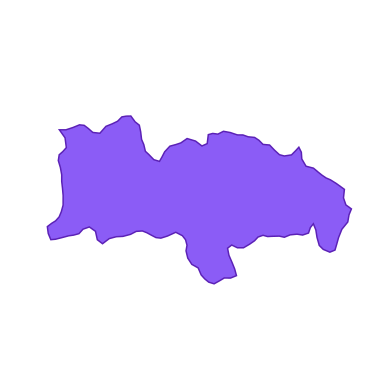 Tocos do Moji, Minas Gerais, Brazil, rotated 345°
{"feature_id": "56859067B62274754199579", "entity_name": "Tocos do Moji", "entity_type": "district", "adm_level": 2, "iso_a3": "BRA", "parent_name": "Brazil", "parent_adm1": "Minas Gerais", "projection": "natural_earth1", "projection_center": [-46.147, -22.358], "detail": "fine", "context": "isolated", "style": "filled", "palette": "violet", "viewbox_px": 384, "rotation_deg": 345, "n_neighbors": 0, "source": "geoboundaries", "source_scale": "gbopen_adm2", "svg_char_len": 1947}
<svg xmlns="http://www.w3.org/2000/svg" viewBox="0 0 384 384"><g transform="rotate(345 192 192)"><path d="M269.5,259.6L275.7,258.8L282.5,259.9L287.7,262.2L293.9,261.8L297.1,257.0L301.0,254.1L301.8,260.7L301.0,268.2L301.1,276.6L303.9,281.4L309.6,285.8L315.1,285.1L318.2,280.0L321.8,273.9L327.1,266.8L334.7,261.3L337.8,254.6L341.6,249.6L337.3,244.3L336.8,236.9L339.9,228.9L333.8,221.4L328.9,216.1L325.0,213.0L321.6,209.0L318.7,205.0L315.5,200.4L308.8,196.6L306.6,188.5L307.9,181.9L306.8,176.4L302.7,179.0L297.7,181.9L290.5,181.1L286.1,178.6L282.5,172.9L279.1,166.7L272.9,164.4L270.0,159.3L266.6,155.5L260.5,153.2L256.0,150.1L250.6,148.6L244.4,144.5L238.1,141.5L232.0,142.8L227.2,140.8L222.6,140.8L219.2,149.2L213.5,150.1L208.6,143.7L201.1,139.1L193.9,141.7L188.6,142.0L182.5,142.0L176.0,146.1L172.0,150.5L168.5,154.0L163.5,150.9L160.1,144.8L157.5,140.6L157.7,133.6L156.9,128.1L158.0,120.6L158.4,113.8L155.2,109.5L152.6,102.8L148.1,101.7L143.7,101.3L138.4,104.4L132.6,105.5L125.9,106.3L118.2,111.4L111.6,108.8L108.2,103.7L105.1,99.7L100.7,98.0L93.7,98.9L86.3,99.3L80.0,97.6L83.4,106.8L82.1,116.6L77.7,119.5L73.4,121.6L71.0,127.0L71.2,134.2L70.6,141.7L68.9,148.0L67.9,154.7L66.6,162.1L64.1,171.3L60.6,177.3L57.2,181.7L52.7,184.6L48.4,185.9L43.3,188.0L42.4,194.9L43.3,201.5L47.9,202.3L55.1,202.4L61.6,202.4L66.4,203.0L72.0,203.0L77.1,199.7L83.8,199.2L88.6,205.0L88.2,213.6L92.2,218.8L100.0,215.6L107.3,215.6L113.8,217.0L121.7,217.0L128.0,215.6L134.0,216.8L137.9,219.7L141.8,223.4L145.4,226.7L150.0,228.5L156.9,228.2L165.9,226.7L171.4,231.7L173.4,236.4L173.4,242.1L171.0,247.3L170.8,254.8L173.1,261.9L178.3,266.9L179.4,274.5L181.8,279.2L184.8,283.4L189.6,286.4L195.6,284.9L200.9,283.4L207.0,285.1L213.3,284.3L213.3,277.5L212.5,270.8L211.3,262.7L211.8,255.5L216.6,253.5L221.4,257.6L227.3,259.2L234.2,257.3L239.8,255.3L244.1,252.6L249.4,252.2L253.5,254.6L257.8,255.5L264.9,257.2L269.5,259.6Z" fill="#8b5cf6" stroke="#5b21b6" stroke-width="1.5"/></g></svg>